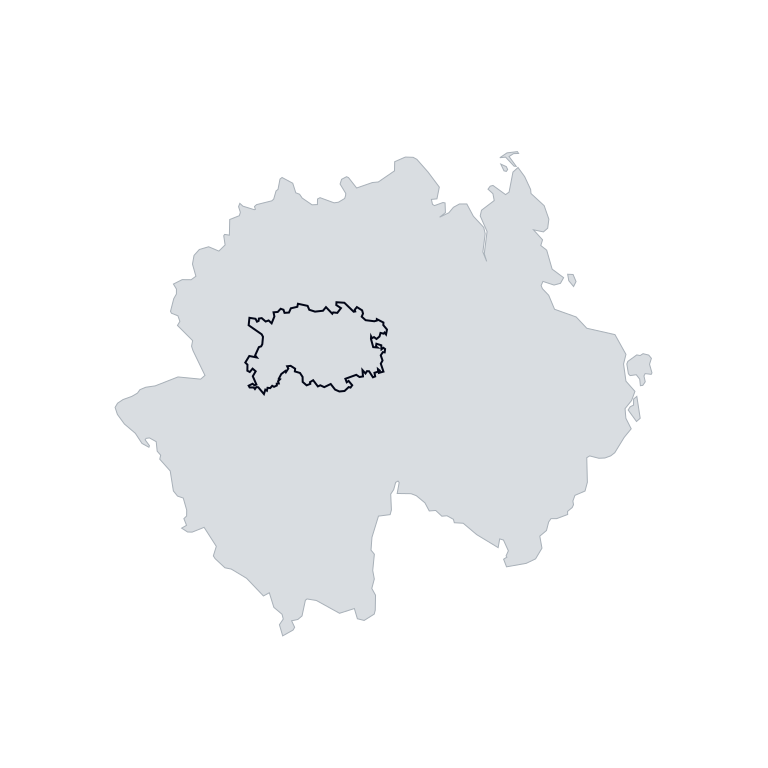 where Hessen sits in Germany, rotated 52°
{"feature_id": "DEU-1574", "entity_name": "Hessen", "entity_type": "State", "adm_level": 1, "iso_a3": "DEU", "parent_name": "Germany", "parent_adm1": "", "projection": "equal_earth", "projection_center": [9.183, 50.526], "detail": "medium", "context": "in_parent", "style": "outline", "palette": "ink", "viewbox_px": 768, "rotation_deg": 52, "n_neighbors": 0, "source": "natural_earth", "source_scale": "10m", "svg_char_len": 5632}
<svg xmlns="http://www.w3.org/2000/svg" viewBox="0 0 768 768"><g transform="rotate(52 384 384)"><path d="M338.6,615.8L320.9,606.0L305.2,607.0L302.6,603.8L297.3,604.1L289.2,599.0L282.1,602.0L280.4,604.9L280.9,606.6L288.2,606.8L289.1,608.2L281.8,611.3L269.8,610.3L255.7,613.2L243.8,612.8L236.9,610.3L235.1,605.8L235.6,599.2L238.5,590.4L239.4,583.9L238.2,579.8L239.9,573.7L244.6,565.5L251.6,542.0L267.3,525.5L267.0,519.8L240.2,514.0L235.8,512.4L232.0,508.1L210.7,510.7L209.0,506.3L203.4,504.4L197.4,507.9L195.3,507.5L187.3,497.1L185.3,492.2L181.4,489.1L175.6,488.4L177.5,478.8L183.1,471.8L183.3,465.9L171.6,461.1L165.7,454.5L164.3,446.7L167.9,437.7L177.6,432.3L176.6,423.6L168.5,419.0L168.0,417.5L171.5,414.2L159.4,404.3L162.3,394.4L160.3,391.5L154.7,389.4L152.9,386.4L157.0,385.7L166.8,378.9L167.2,377.8L164.4,376.8L164.2,374.0L170.6,359.6L170.4,357.1L165.4,350.2L165.4,347.7L158.5,339.8L158.5,337.2L169.6,332.3L179.0,335.8L182.5,333.7L187.1,334.0L198.5,330.4L201.6,326.0L197.3,322.5L197.8,319.7L210.5,311.8L212.7,308.0L213.6,300.8L212.0,298.4L210.3,296.8L199.4,295.5L196.6,291.4L197.6,285.9L199.5,284.9L212.7,284.9L218.1,269.1L221.3,264.1L222.5,244.5L215.4,238.7L218.3,227.5L223.3,221.5L227.2,219.8L244.2,218.8L262.9,219.2L270.7,228.3L267.7,233.0L272.3,235.2L274.5,234.4L277.3,225.8L278.9,224.4L286.8,230.1L286.8,237.5L289.0,227.5L287.5,220.5L288.6,213.7L293.1,207.9L306.8,210.3L322.0,209.0L327.8,211.7L340.8,224.8L350.6,227.6L343.1,224.8L327.3,208.9L310.8,204.7L307.1,200.2L307.3,184.2L301.1,181.0L294.5,182.1L293.5,178.5L294.6,175.9L309.6,171.6L309.8,167.3L296.4,151.9L295.9,145.1L307.2,145.5L321.0,148.7L324.4,150.9L342.1,148.0L355.6,152.6L362.0,159.1L362.3,164.7L354.5,171.3L368.0,170.3L371.4,175.2L378.7,173.4L397.0,180.8L410.8,177.0L413.3,183.0L410.7,189.1L401.0,195.6L403.2,199.6L406.4,200.5L415.5,199.6L430.1,203.6L449.5,191.3L464.9,189.9L487.3,171.6L509.6,175.1L515.7,182.9L530.7,191.6L544.3,190.8L549.4,199.0L551.8,209.2L559.9,214.5L571.5,216.8L573.9,227.5L580.2,244.4L580.2,249.6L578.3,255.5L574.8,260.4L567.3,266.2L566.9,269.6L586.6,284.2L592.1,291.5L589.3,302.1L592.5,307.2L595.8,309.0L597.2,311.7L597.4,317.8L599.9,319.6L596.4,330.8L592.9,335.3L594.1,339.2L599.5,346.2L599.8,354.9L610.6,360.6L615.1,372.2L612.9,382.3L603.5,400.0L595.7,397.6L596.1,393.8L594.6,393.6L592.0,388.7L580.5,385.9L577.3,388.2L583.2,394.8L559.7,403.7L542.5,407.3L536.6,414.0L533.4,412.6L526.6,415.5L523.8,419.8L515.5,421.1L511.9,426.5L502.8,424.9L491.9,427.3L487.1,430.2L478.4,441.0L471.0,432.7L469.1,432.7L468.7,435.4L473.2,441.4L474.9,446.5L487.8,455.7L490.7,459.6L484.7,469.7L497.4,487.9L506.9,496.5L512.2,496.4L524.0,507.7L531.7,511.7L537.6,519.5L545.2,520.7L556.9,530.2L559.3,533.4L558.1,545.2L552.6,549.5L542.7,545.6L537.3,560.2L512.9,570.6L506.0,577.0L506.0,579.1L516.3,591.4L516.5,596.9L513.7,602.6L520.7,604.2L521.9,607.1L520.1,618.9L509.3,614.6L507.2,608.1L502.7,606.1L492.2,608.3L477.9,602.9L476.8,609.5L452.5,611.9L435.8,618.3L430.9,622.5L417.6,624.6L414.4,624.3L408.7,616.1L386.2,614.0L382.6,626.4L379.7,629.9L373.0,632.2L373.8,626.6L366.9,624.6L366.5,620.8L361.9,617.1L350.3,612.4L345.2,615.7L338.6,615.8ZM543.1,176.8L544.4,180.9L543.2,183.0L537.6,179.5L532.0,179.5L528.9,184.9L526.4,185.1L517.7,180.3L516.3,177.9L516.7,166.9L519.3,164.6L519.6,161.2L524.2,157.6L528.4,157.5L531.9,162.6L540.2,166.0L540.9,167.5L536.6,171.8L537.7,174.2L543.1,176.8ZM568.7,203.2L569.0,208.1L554.8,207.6L553.5,203.9L554.3,200.4L549.5,196.5L549.4,192.4L568.7,203.2ZM280.1,148.5L277.0,153.4L277.6,144.8L283.0,135.8L285.2,136.0L282.2,140.1L281.7,145.4L293.9,145.8L292.4,147.4L280.1,148.5ZM423.9,174.6L416.4,174.8L410.6,171.7L414.1,167.6L421.5,169.6L423.9,174.6ZM291.8,156.7L289.9,158.2L282.6,156.6L288.0,153.8L291.1,154.5L291.8,156.7Z" fill="#d9dde1" stroke="#a8b0b8" stroke-width="1"/><path d="M359.5,364.0L358.2,365.3L359.4,368.9L364.6,370.7L366.0,374.0L373.9,376.8L372.2,380.9L370.9,379.1L368.5,379.6L370.7,381.0L369.3,384.6L372.6,386.3L371.9,388.6L364.8,387.9L363.4,389.5L364.3,392.1L359.8,392.4L365.1,395.9L363.4,399.0L359.7,400.2L356.1,411.2L359.7,412.3L359.8,410.0L365.4,409.8L366.2,412.6L364.7,413.7L365.2,419.4L362.4,423.8L358.3,426.0L351.2,426.0L349.7,433.0L345.8,435.0L345.2,437.6L337.4,437.5L337.0,441.2L338.5,442.0L337.4,445.8L332.3,446.8L328.3,443.8L323.6,443.4L319.2,446.5L317.2,444.6L312.2,446.4L310.4,449.4L312.9,449.9L314.3,454.0L313.0,453.7L312.9,458.8L315.1,463.7L316.2,463.0L316.6,465.8L318.8,466.6L317.7,468.3L319.2,469.4L318.5,472.4L316.6,473.2L317.2,476.2L315.3,478.1L317.2,480.4L315.4,481.0L318.0,484.8L309.2,485.1L307.8,486.5L308.5,488.8L306.5,488.8L304.0,492.0L302.0,491.7L302.9,487.4L305.2,486.9L305.9,484.9L297.1,482.6L295.0,477.3L291.0,478.1L291.9,482.4L289.4,483.5L284.7,479.7L281.7,480.1L279.0,472.9L284.8,467.9L282.1,467.9L277.9,459.9L278.7,457.6L277.7,455.4L272.3,450.3L269.5,449.8L254.4,454.5L249.0,449.3L253.5,445.1L256.7,445.7L257.1,444.0L255.4,442.3L256.8,439.8L261.9,438.8L262.9,435.8L267.0,435.2L263.3,428.8L259.5,426.9L261.8,423.4L261.1,419.1L263.6,417.5L266.7,418.6L269.2,414.9L267.0,410.8L269.8,404.8L267.8,402.4L275.4,396.1L279.5,397.2L284.5,393.8L288.7,387.0L287.7,382.4L296.8,381.5L296.3,380.0L299.2,377.0L297.7,371.2L292.4,373.0L290.3,371.1L295.6,365.2L308.4,363.4L309.1,362.0L307.5,361.4L306.7,358.0L312.5,355.9L315.6,357.2L317.2,360.1L322.4,359.2L328.6,353.0L329.6,350.6L328.5,349.7L335.2,346.6L337.2,348.3L342.9,348.1L346.2,351.9L343.8,351.9L344.1,353.3L341.6,355.3L343.8,358.3L343.9,362.2L340.9,363.0L340.5,365.3L338.6,364.9L340.4,366.5L348.3,369.8L351.2,366.7L349.5,367.2L347.6,365.2L351.8,362.3L355.1,364.6L355.1,362.2L357.1,361.6L359.5,364.0Z" fill="none" stroke="#020617" stroke-width="2"/></g></svg>